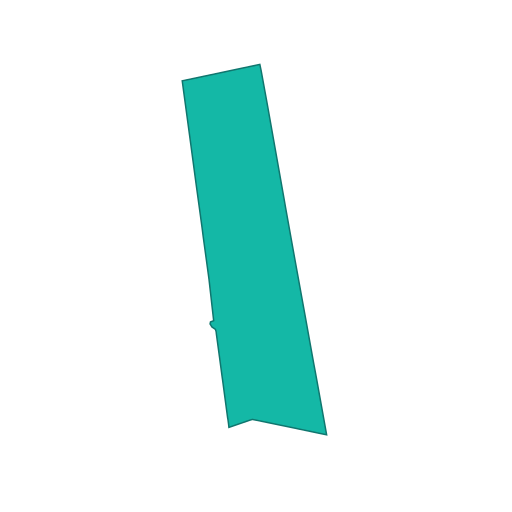 outline of Sucupira do Norte, Maranhão, Brazil, rotated 131°
{"feature_id": "56859067B91383684307252", "entity_name": "Sucupira do Norte", "entity_type": "district", "adm_level": 2, "iso_a3": "BRA", "parent_name": "Brazil", "parent_adm1": "Maranhão", "projection": "equal_earth", "projection_center": [-44.257, -6.503], "detail": "fine", "context": "isolated", "style": "filled", "palette": "teal", "viewbox_px": 512, "rotation_deg": 131, "n_neighbors": 0, "source": "geoboundaries", "source_scale": "gbopen_adm2", "svg_char_len": 708}
<svg xmlns="http://www.w3.org/2000/svg" viewBox="0 0 512 512"><g transform="rotate(131 256 256)"><path d="M344.6,85.4L311.7,126.3L304.9,134.8L299.2,142.0L270.1,178.2L232.6,225.0L200.1,265.4L194.8,271.9L134.6,346.4L113.0,373.4L108.9,378.8L124.9,390.9L172.2,426.6L209.9,383.7L241.7,347.6L262.0,324.4L263.6,322.6L267.8,317.8L270.7,314.5L275.8,308.8L301.5,279.5L304.4,276.2L332.6,245.5L335.6,247.1L337.4,246.1L338.5,242.6L338.2,240.6L338.0,238.5L339.3,236.4L340.8,234.8L356.7,216.7L369.4,202.3L371.3,200.1L396.7,171.3L397.8,169.9L400.8,166.5L403.1,164.0L384.2,153.1L381.7,151.5L379.7,148.0L367.5,126.3L359.9,112.8L358.5,110.2L348.1,91.6L344.6,85.4Z" fill="#14b8a6" stroke="#0f766e" stroke-width="1.5"/></g></svg>